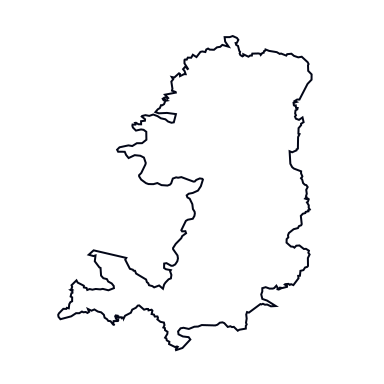 Xicotlán, Puebla, Mexico, rotated 275°
{"feature_id": "50627088B38416403293523", "entity_name": "Xicotlán", "entity_type": "district", "adm_level": 2, "iso_a3": "MEX", "parent_name": "Mexico", "parent_adm1": "Puebla", "projection": "robinson", "projection_center": [-98.627, 18.113], "detail": "fine", "context": "isolated", "style": "outline", "palette": "ink", "viewbox_px": 384, "rotation_deg": 275, "n_neighbors": 0, "source": "geoboundaries", "source_scale": "gbopen_adm2", "svg_char_len": 5951}
<svg xmlns="http://www.w3.org/2000/svg" viewBox="0 0 384 384"><g transform="rotate(275 192 192)"><path d="M331.4,295.9L336.3,289.5L335.4,286.1L336.5,281.7L338.4,279.0L337.6,274.8L336.1,274.0L337.7,268.6L337.2,267.4L338.7,264.3L339.3,256.5L340.4,252.8L339.2,252.6L338.5,251.4L337.0,251.3L336.5,249.9L334.5,248.5L335.6,247.8L335.8,246.1L335.1,240.0L333.1,239.7L333.1,238.2L331.7,236.4L333.7,231.1L332.1,231.3L331.5,230.4L332.6,228.3L334.1,227.4L335.8,227.7L336.7,226.8L341.5,225.1L342.4,223.2L344.2,222.5L344.5,223.7L347.6,224.9L349.4,223.3L350.9,218.9L349.6,216.1L349.1,211.0L344.8,211.9L339.9,215.9L341.2,209.4L339.1,207.5L338.3,204.3L335.6,201.5L335.4,197.2L336.3,195.5L335.2,193.8L332.6,193.1L332.9,190.0L332.3,188.2L326.8,184.7L328.8,180.9L325.7,179.5L325.5,176.1L323.4,175.2L323.4,173.5L322.8,173.0L319.5,173.3L314.4,177.2L314.1,176.8L315.4,175.8L315.9,174.1L313.6,172.4L311.8,174.1L308.8,175.4L308.7,173.8L306.4,170.0L308.6,169.7L309.1,168.7L304.5,164.4L304.8,161.8L302.6,163.4L300.2,161.8L293.2,163.5L291.2,163.2L290.2,167.0L289.6,167.2L286.6,156.6L283.5,160.1L282.9,159.5L283.7,158.7L283.7,156.4L282.3,154.7L281.1,155.6L281.8,156.3L280.9,158.9L280.5,157.5L277.1,156.5L275.8,154.8L275.8,153.6L272.7,152.6L271.4,150.7L268.4,148.6L267.5,152.1L268.6,160.2L268.2,169.2L259.8,167.8L259.2,165.5L260.1,162.0L262.1,159.2L262.7,154.6L264.6,151.0L265.8,146.6L264.1,142.8L264.5,138.9L263.4,135.7L262.8,135.3L260.4,138.9L258.9,138.9L258.1,135.1L255.0,135.4L254.8,132.8L256.1,130.1L255.9,129.4L255.0,130.2L254.2,129.8L254.0,126.9L252.8,126.8L251.1,127.5L248.3,130.8L249.9,135.8L249.7,138.4L248.0,141.2L240.1,142.0L236.3,138.0L235.8,132.8L232.6,128.5L232.9,124.6L230.2,115.9L227.6,113.7L225.7,114.9L226.2,121.5L223.2,123.1L220.3,125.9L223.7,131.7L223.6,137.4L222.1,141.1L216.9,143.4L215.4,143.2L206.5,139.8L204.1,137.8L202.9,138.0L199.9,140.3L196.8,145.4L196.1,148.1L196.5,153.0L197.9,156.7L196.2,161.0L196.3,167.0L197.4,169.4L198.8,170.5L203.7,171.7L205.2,174.9L205.0,176.9L205.9,180.1L202.5,192.5L202.7,193.8L204.4,195.2L206.2,198.6L206.0,201.2L205.3,201.8L198.5,200.3L193.9,197.8L191.1,192.8L190.0,188.9L188.2,187.0L186.2,187.9L185.1,190.3L179.9,193.4L175.1,194.4L172.6,196.3L170.9,196.7L168.4,196.5L165.4,195.1L164.0,190.2L162.7,188.4L153.0,184.7L151.9,185.6L152.4,188.8L150.4,189.7L147.3,186.1L145.0,185.3L138.9,180.3L134.5,178.0L133.3,178.2L127.5,183.1L124.6,183.8L121.7,183.4L118.4,181.6L116.9,179.4L116.7,177.7L118.9,172.8L118.3,170.5L113.9,170.8L112.8,172.7L112.3,177.7L111.1,177.1L107.6,178.7L104.1,178.5L103.0,176.3L99.5,173.5L97.4,172.3L93.1,171.5L96.0,167.4L93.7,162.6L94.8,160.7L95.4,157.3L97.3,156.4L98.3,154.9L100.8,153.9L105.9,143.4L108.5,142.1L108.5,140.6L109.4,139.9L110.1,136.8L118.7,131.4L120.6,132.3L125.3,99.1L120.5,94.6L119.6,99.4L120.4,101.4L114.5,101.2L108.8,106.3L108.4,107.5L100.8,108.7L98.4,111.2L97.8,114.8L95.5,116.3L93.9,120.0L91.6,122.2L89.4,122.6L86.8,117.3L87.7,111.6L87.0,109.1L87.0,104.5L86.0,101.3L86.4,98.5L85.3,96.2L87.2,95.3L87.5,92.6L89.2,92.4L91.8,86.0L93.9,84.6L88.6,80.1L87.0,80.9L85.0,80.3L84.3,81.2L83.8,79.6L82.7,81.5L81.2,81.7L80.6,80.7L77.3,80.2L76.6,81.8L72.7,82.1L71.6,80.4L69.5,79.5L65.4,79.4L65.7,77.4L64.6,77.0L64.4,74.0L59.5,70.0L57.9,69.4L56.0,69.9L53.8,72.0L57.6,82.5L61.2,87.1L61.4,90.2L63.3,92.8L62.7,94.2L63.2,96.6L62.4,98.4L63.6,99.9L66.4,98.5L65.0,102.2L66.5,105.0L64.7,108.6L64.2,112.0L62.0,114.9L59.2,115.9L57.9,118.4L56.3,119.8L56.2,122.1L53.1,125.0L52.6,126.5L53.7,125.0L56.6,125.2L57.0,129.4L57.6,129.7L58.5,129.5L58.9,127.6L61.5,126.3L62.4,126.8L62.3,128.3L60.4,127.7L61.5,129.7L60.5,130.3L61.1,132.1L60.2,133.1L60.9,133.5L60.9,134.8L60.1,135.0L62.9,136.1L66.4,141.6L69.6,142.7L71.8,146.2L74.1,147.9L74.4,149.3L70.6,154.5L71.6,157.1L71.6,158.5L70.3,159.0L71.2,162.0L70.4,162.9L66.9,162.4L66.5,164.8L64.7,165.7L65.0,168.4L63.6,169.1L62.1,168.6L59.9,171.9L59.5,175.4L57.0,176.2L54.5,175.3L54.1,176.8L52.0,177.2L50.6,179.8L48.5,179.8L44.5,177.9L43.9,179.2L42.0,179.8L40.8,182.5L38.5,182.4L36.1,188.6L36.8,190.5L36.5,191.3L34.0,189.6L33.1,189.9L35.8,196.1L44.9,203.2L47.1,201.3L47.3,195.5L49.0,191.0L51.9,190.3L55.2,192.5L56.0,195.3L55.3,200.8L58.0,206.1L58.5,209.8L60.3,213.3L61.1,226.8L62.0,228.9L64.2,231.1L64.8,233.7L64.2,235.6L60.7,239.4L61.6,241.9L60.9,243.7L61.3,245.4L57.8,249.7L58.9,251.1L60.6,257.5L63.3,257.3L64.9,258.0L66.4,257.2L70.7,257.5L74.6,256.7L77.2,257.3L76.8,259.2L86.3,269.9L86.0,270.8L86.8,272.4L86.1,274.4L86.4,276.8L85.0,280.6L85.7,285.4L90.4,276.2L91.6,271.4L96.0,269.9L99.0,270.7L102.3,270.4L103.6,273.7L102.5,277.8L102.8,280.9L103.5,282.3L106.0,284.2L103.9,285.7L102.6,285.6L102.4,286.9L103.3,288.4L103.9,287.5L104.4,287.9L104.2,290.4L105.8,294.9L106.7,294.9L107.9,292.5L108.3,292.9L108.9,296.2L108.0,297.5L108.8,298.7L108.1,301.1L115.3,305.6L117.7,305.1L118.0,306.8L122.9,306.9L123.9,309.8L126.6,311.2L127.5,313.4L128.5,314.0L136.3,313.2L140.0,314.6L141.6,313.2L143.7,313.6L145.3,310.5L145.0,308.4L148.1,303.7L147.6,300.6L145.5,298.9L146.3,297.4L146.3,295.3L149.8,290.6L153.3,290.4L155.2,291.9L157.3,291.4L159.6,292.1L163.8,296.5L165.3,300.7L167.3,301.5L168.4,303.7L169.6,304.1L177.7,302.5L180.0,304.3L180.9,306.7L182.1,307.0L182.9,309.6L183.9,309.3L184.8,310.9L186.5,309.6L188.9,309.5L191.7,307.4L192.4,308.3L195.0,308.9L195.6,307.9L194.9,306.9L195.3,305.3L197.0,306.5L197.7,305.9L200.2,306.5L204.1,305.6L207.0,306.8L208.8,305.3L209.1,303.7L210.6,301.9L213.9,300.7L215.8,298.8L215.4,299.9L217.2,300.6L220.1,299.0L222.1,298.9L224.2,291.5L225.5,289.6L228.7,287.5L241.1,285.7L240.3,288.3L242.6,292.5L243.6,292.5L244.4,293.7L256.0,292.9L259.1,294.1L259.4,292.9L264.9,292.6L268.1,294.9L269.5,294.7L271.3,297.1L275.9,295.6L273.2,292.3L274.1,289.1L276.1,288.0L277.5,288.9L279.2,287.9L282.3,288.0L283.5,289.7L284.9,289.9L284.9,288.3L287.3,287.8L286.9,286.5L287.4,285.9L289.7,285.4L290.8,288.3L291.6,286.4L293.3,288.7L293.5,291.0L309.8,297.7L314.3,301.3L319.6,300.9L322.8,297.2L328.4,296.5L329.6,297.0L331.4,295.9Z" fill="none" stroke="#020617" stroke-width="2"/></g></svg>